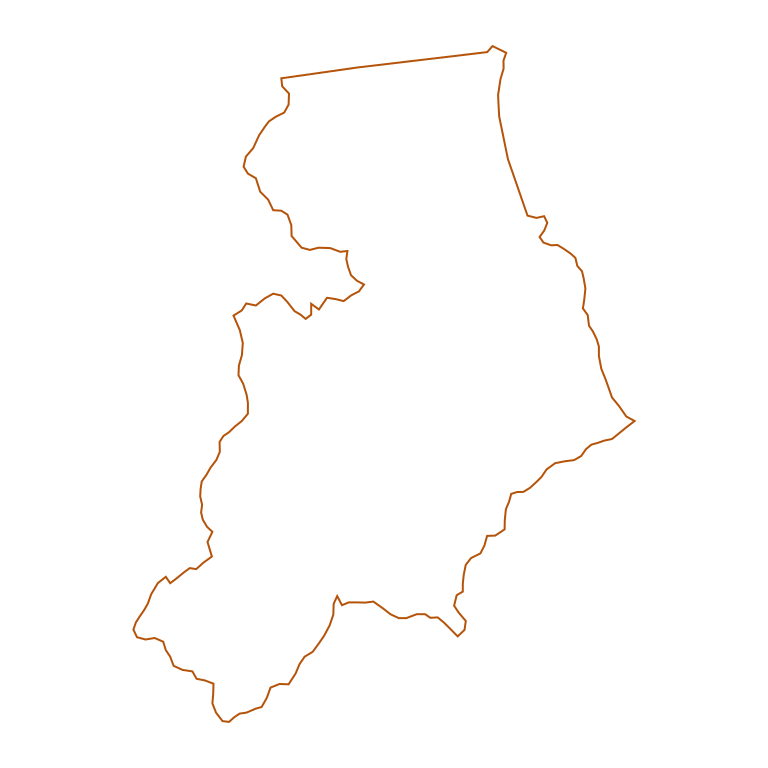 outline of Santo Amaro da Imperatriz, Santa Catarina, Brazil
{"feature_id": "56859067B63225010311185", "entity_name": "Santo Amaro da Imperatriz", "entity_type": "district", "adm_level": 2, "iso_a3": "BRA", "parent_name": "Brazil", "parent_adm1": "Santa Catarina", "projection": "natural_earth1", "projection_center": [-48.807, -27.744], "detail": "fine", "context": "isolated", "style": "outline", "palette": "amber", "viewbox_px": 768, "rotation_deg": 0, "n_neighbors": 0, "source": "geoboundaries", "source_scale": "gbopen_adm2", "svg_char_len": 2804}
<svg xmlns="http://www.w3.org/2000/svg" viewBox="0 0 768 768"><path d="M203.5,562.6L196.2,569.1L189.8,568.1L184.1,572.2L176.8,578.2L170.2,583.2L165.8,576.8L157.8,583.1L151.1,594.4L147.8,603.7L144.0,610.3L139.8,616.3L135.9,622.4L133.4,629.6L137.0,637.2L145.5,639.5L154.7,638.0L163.2,641.7L165.8,650.1L170.2,656.7L173.6,665.8L182.5,669.9L192.4,671.4L196.6,678.8L204.8,680.4L213.5,683.7L213.2,693.8L212.4,703.4L216.0,712.6L222.5,721.1L229.0,721.9L234.3,717.2L239.6,713.6L246.5,712.6L255.6,708.7L261.6,707.0L266.9,697.7L270.5,687.6L279.5,684.0L288.6,684.3L295.6,673.5L299.5,664.2L304.6,656.7L312.7,651.8L319.3,642.8L324.2,635.6L329.6,625.5L333.3,614.7L333.7,603.7L337.2,596.1L342.0,605.2L348.7,602.4L357.3,602.4L365.3,602.6L373.4,601.6L382.6,608.1L390.4,614.2L398.7,618.1L406.4,618.1L416.7,614.2L425.1,614.2L430.4,617.8L437.7,617.4L444.1,622.7L451.0,629.6L457.7,636.4L464.5,629.9L465.8,621.0L458.7,612.6L454.1,605.7L456.7,595.2L462.8,591.6L462.8,583.9L463.7,575.1L465.7,565.0L471.0,558.1L480.4,553.4L484.4,545.6L487.1,535.9L495.2,535.6L504.6,529.4L504.8,519.9L505.9,509.2L509.1,501.6L511.2,493.9L517.2,492.0L523.4,491.9L529.9,487.9L536.6,481.8L541.5,476.9L546.6,469.4L555.1,463.2L565.3,461.2L574.1,460.1L581.2,456.0L586.0,449.1L591.3,444.7L598.3,442.7L604.3,440.6L612.0,439.0L619.3,433.1L625.9,427.7L634.6,421.0L626.3,416.5L619.0,406.0L612.0,397.5L609.6,390.6L605.9,380.2L601.3,368.7L598.9,356.0L598.9,346.6L596.7,339.3L593.0,331.6L589.0,325.7L587.7,315.1L582.9,308.4L584.2,300.2L585.4,288.5L583.7,278.5L582.0,271.3L577.3,265.9L575.4,257.9L570.5,253.5L564.2,249.1L557.5,245.0L551.2,245.3L543.5,242.6L539.6,237.0L544.3,230.4L547.3,222.8L544.1,216.2L536.5,217.9L527.5,215.6L507.9,159.0L499.2,116.5L498.5,104.4L498.1,94.8L500.5,79.1L503.6,68.6L503.5,60.5L506.2,52.8L492.5,46.1L487.2,52.1L357.3,67.5L281.3,78.3L282.2,86.3L289.0,93.6L288.6,104.6L284.2,112.6L275.8,116.7L268.9,121.4L264.9,126.7L259.2,135.1L253.2,148.1L245.9,156.6L243.6,166.7L247.9,173.6L255.9,178.3L260.2,191.7L268.2,199.7L273.2,210.2L281.2,210.7L287.5,214.6L291.3,225.2L291.6,236.0L301.6,247.7L309.9,249.9L318.6,247.7L330.3,248.1L340.2,251.8L347.4,251.0L346.3,259.0L348.0,266.7L351.0,275.2L357.0,280.8L364.0,284.5L358.9,291.4L351.3,295.3L343.7,301.1L335.7,299.1L327.0,297.8L318.9,309.5L311.2,303.8L311.2,314.7L305.6,318.9L300.6,314.7L294.6,311.2L287.3,301.9L281.3,295.5L273.2,293.7L264.9,298.3L255.9,305.5L246.2,303.5L241.8,310.4L233.5,315.6L239.8,330.1L242.8,343.0L241.9,355.2L238.9,365.6L238.5,375.2L243.2,383.8L246.6,394.7L247.9,402.7L247.9,413.7L241.8,421.0L234.8,426.6L228.9,432.3L223.5,435.9L219.6,441.9L219.8,451.9L216.4,459.9L210.5,467.7L206.4,474.9L201.7,481.5L200.6,489.0L200.2,496.4L202.1,504.8L201.1,512.5L202.8,519.7L207.1,526.9L212.4,531.8L207.5,542.0L211.9,556.5L203.5,562.6Z" fill="none" stroke="#b45309" stroke-width="2"/></svg>